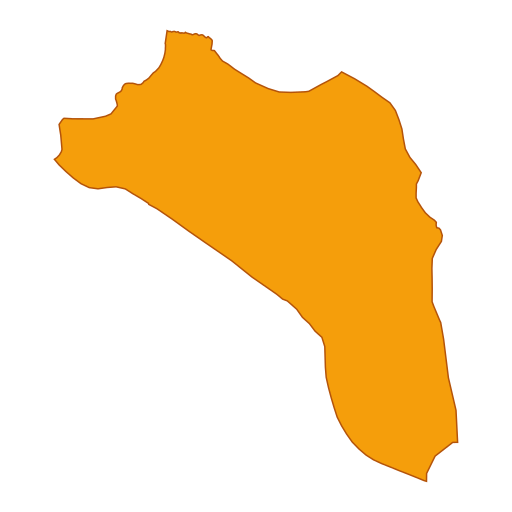 the district of Al Musaymir, Lahij, Yemen
{"feature_id": "15242507B89977564794878", "entity_name": "Al Musaymir", "entity_type": "district", "adm_level": 2, "iso_a3": "YEM", "parent_name": "Yemen", "parent_adm1": "Lahij", "projection": "natural_earth1", "projection_center": [44.562, 13.43], "detail": "fine", "context": "isolated", "style": "filled", "palette": "amber", "viewbox_px": 512, "rotation_deg": 0, "n_neighbors": 0, "source": "geoboundaries", "source_scale": "gbopen_adm2", "svg_char_len": 3670}
<svg xmlns="http://www.w3.org/2000/svg" viewBox="0 0 512 512"><path d="M54.4,159.3L59.1,164.9L65.8,171.4L73.2,177.9L81.0,183.7L89.2,187.6L98.0,188.8L107.1,187.5L116.1,186.8L125.3,188.9L132.8,193.7L140.7,198.3L148.4,203.3L148.8,204.4L156.9,208.7L172.3,219.2L189.3,231.5L206.0,243.1L231.6,260.7L251.9,277.0L276.7,294.2L282.6,299.1L287.3,300.9L296.7,309.2L302.5,317.4L309.4,323.6L315.1,331.2L321.9,337.3L324.8,346.6L325.1,357.0L325.4,367.3L326.2,377.3L328.5,387.6L331.2,397.7L334.1,407.5L337.2,417.1L341.6,425.8L346.5,433.9L352.3,442.1L359.0,449.0L366.0,455.0L373.5,459.8L381.7,463.6L390.5,467.1L399.1,470.6L407.3,473.8L415.8,477.2L424.1,480.6L426.5,481.3L426.6,473.4L434.6,457.1L435.2,456.0L452.7,442.4L457.6,442.3L456.0,410.3L448.4,377.8L443.6,339.2L440.7,322.5L439.6,320.2L433.9,306.6L432.1,301.8L432.1,299.7L432.2,289.1L432.1,278.9L431.9,268.3L432.3,258.4L436.2,249.5L441.4,241.4L442.3,235.5L440.5,229.9L439.0,228.2L436.7,227.7L436.1,225.1L436.3,222.3L434.4,220.2L429.9,217.2L425.3,212.8L421.4,207.4L420.5,205.9L417.8,201.7L416.1,197.9L416.1,193.1L416.4,187.5L416.4,184.0L418.2,180.6L421.2,172.7L415.8,164.6L409.9,157.4L405.3,148.9L403.4,138.9L401.9,129.0L398.9,119.6L395.4,110.5L389.9,102.8L382.0,97.3L374.5,91.7L367.0,86.3L354.7,78.8L341.6,71.9L338.0,75.5L337.8,75.6L337.7,75.7L326.4,81.8L321.3,84.4L309.7,90.8L308.8,91.3L305.3,91.8L290.9,92.4L279.3,92.0L268.2,88.6L255.5,82.9L248.7,78.0L241.9,73.8L234.7,69.3L227.9,64.1L222.4,61.0L222.3,60.8L220.8,59.1L219.6,57.6L219.0,56.5L218.6,56.0L217.9,55.0L216.8,53.7L215.5,52.0L214.8,51.1L214.4,50.6L213.7,50.5L213.2,50.5L212.7,50.5L212.1,50.4L211.4,50.1L211.1,49.8L211.0,49.3L211.1,49.0L211.2,48.5L212.1,43.7L212.0,42.9L212.2,42.2L212.2,41.2L212.2,40.6L212.0,40.2L211.8,39.8L211.4,39.4L211.0,39.0L210.5,38.5L210.1,38.2L209.5,37.9L209.1,37.5L208.7,37.1L208.5,36.9L208.4,36.7L208.1,36.7L207.9,36.7L207.7,36.8L207.0,37.4L206.7,37.7L206.4,37.8L206.1,37.7L205.4,37.3L205.0,37.0L204.7,36.7L204.3,36.4L203.9,35.9L203.4,35.5L202.9,35.1L202.4,34.9L201.9,34.8L201.2,34.8L200.4,35.0L199.7,35.2L199.1,35.5L198.5,35.2L198.0,34.8L197.5,34.4L197.0,34.0L196.8,33.9L196.2,33.8L195.8,33.7L195.1,33.8L194.3,34.0L193.8,34.3L193.3,34.5L192.7,34.7L192.4,34.7L191.9,34.7L191.4,34.3L191.0,34.1L190.4,34.0L189.7,33.9L188.7,33.6L188.1,33.4L187.6,33.3L187.3,33.2L186.7,33.1L186.3,32.9L186.0,32.7L185.7,32.5L185.5,32.3L185.2,32.4L185.0,32.8L184.7,33.1L183.8,33.1L183.2,33.1L182.8,33.0L182.3,32.9L181.9,32.8L181.6,32.8L181.3,33.1L181.1,33.2L180.8,33.2L180.5,33.1L180.4,32.9L180.2,32.8L179.9,32.8L179.7,32.8L179.4,32.9L179.1,32.8L178.9,32.6L178.7,32.3L178.5,32.0L178.2,31.8L177.6,31.8L177.4,31.9L177.1,32.0L176.8,32.1L176.4,32.1L176.0,32.0L175.6,31.9L175.0,31.6L174.5,31.4L174.2,31.4L173.3,31.5L172.8,31.6L172.3,31.8L171.8,32.0L171.5,32.0L171.0,31.8L170.5,31.5L170.2,31.4L169.9,31.4L169.6,31.5L168.9,31.5L167.1,30.7L165.2,43.5L165.5,44.5L165.5,46.7L165.4,47.9L165.4,49.7L164.9,53.2L163.9,57.3L162.6,60.8L160.8,64.6L158.9,67.8L155.9,71.0L154.7,72.0L153.4,72.8L151.2,75.3L148.9,78.1L146.8,79.7L145.5,80.5L144.1,81.2L143.5,82.1L142.7,83.1L142.2,83.4L141.3,84.3L140.2,84.5L139.1,84.6L137.5,84.6L134.9,83.8L132.8,83.3L130.5,83.3L128.7,83.2L127.0,83.4L126.2,83.5L125.2,83.8L123.6,85.3L122.8,86.7L122.2,87.9L122.2,89.0L121.1,91.0L120.6,91.4L120.3,91.7L118.9,92.5L117.5,93.2L116.4,94.0L116.0,94.8L115.6,96.1L115.6,97.6L115.6,99.0L116.2,100.6L116.6,102.0L117.2,104.2L117.3,105.7L117.3,106.1L111.0,113.9L106.3,115.9L105.7,116.2L93.1,118.9L73.2,118.8L71.9,118.8L71.4,118.7L64.0,118.3L62.5,119.5L59.1,124.4L59.8,129.2L60.8,135.4L60.8,135.7L62.0,149.4L61.3,151.8L59.3,155.1L56.8,157.7L55.6,158.5L54.4,159.3Z" fill="#f59e0b" stroke="#b45309" stroke-width="1.5"/></svg>